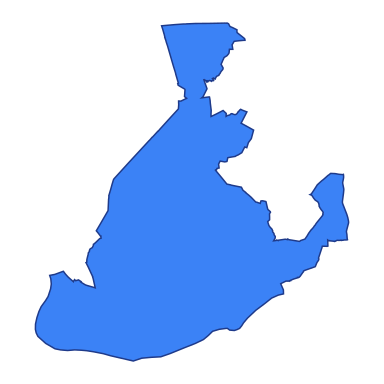 the district of Klintaines pag., Plavinu, Latvia
{"feature_id": "27541924B20415877652953", "entity_name": "Klintaines pag.", "entity_type": "district", "adm_level": 2, "iso_a3": "LVA", "parent_name": "Latvia", "parent_adm1": "Plavinu", "projection": "mercator", "projection_center": [25.627, 56.641], "detail": "fine", "context": "isolated", "style": "filled", "palette": "blue", "viewbox_px": 384, "rotation_deg": 0, "n_neighbors": 0, "source": "geoboundaries", "source_scale": "gbopen_adm2", "svg_char_len": 5808}
<svg xmlns="http://www.w3.org/2000/svg" viewBox="0 0 384 384"><path d="M227.0,23.0L226.6,23.2L224.9,23.1L209.1,23.4L195.1,23.5L186.2,23.9L185.8,24.0L183.6,24.0L175.0,24.6L164.9,25.5L161.6,25.8L162.7,29.2L163.9,33.4L163.9,33.6L164.1,34.0L165.0,37.8L164.9,37.8L165.4,39.3L165.5,39.3L166.4,42.5L167.6,46.1L169.1,51.3L169.3,52.0L173.3,65.8L175.5,72.9L175.8,74.4L177.5,80.2L178.4,83.2L177.7,83.5L178.2,85.3L184.7,89.1L185.0,89.6L184.5,96.5L185.5,97.5L186.7,98.3L186.5,98.5L186.0,98.6L180.9,101.1L178.6,101.0L178.6,102.3L178.7,104.7L178.4,108.9L168.1,120.1L167.5,120.8L160.3,128.7L158.1,131.3L157.9,131.2L152.4,137.2L152.2,137.2L149.5,140.3L149.1,140.6L128.4,163.0L114.0,178.8L113.8,179.1L113.4,179.9L112.0,184.6L110.6,189.7L108.8,195.7L108.9,196.1L108.8,198.0L108.6,199.1L108.1,209.8L108.1,210.2L108.0,210.6L107.9,210.9L100.3,224.0L96.3,230.8L97.9,232.7L100.7,236.4L100.9,236.3L101.0,238.3L99.8,238.5L96.0,242.2L94.2,243.8L93.4,244.3L93.4,244.6L93.4,245.2L93.2,245.8L92.3,247.6L90.5,248.7L89.9,249.2L89.4,250.5L89.5,250.7L89.4,251.4L88.3,252.9L88.2,254.3L87.7,256.1L86.9,259.4L86.7,262.4L86.0,262.6L88.2,267.0L92.7,276.7L92.6,276.8L93.2,278.8L93.9,282.0L95.2,287.8L87.2,285.5L85.4,284.9L80.8,282.1L80.7,282.0L81.1,281.6L78.5,279.9L75.7,280.7L74.6,279.6L73.7,280.9L73.4,281.7L70.4,279.1L68.2,277.1L66.8,275.6L65.3,273.9L63.4,271.3L62.7,271.5L54.8,274.4L49.7,275.4L50.8,278.8L51.3,284.0L50.6,288.9L48.1,296.5L45.5,300.7L41.2,306.6L38.9,311.6L36.9,317.7L35.5,324.1L35.4,329.4L36.2,332.9L37.9,336.4L45.7,343.4L55.0,348.8L60.6,349.9L67.6,350.5L74.6,349.9L81.1,350.2L86.7,350.7L93.7,351.8L103.4,353.7L110.8,355.8L133.3,361.0L141.7,358.2L151.4,357.3L160.8,356.8L170.3,353.5L184.5,347.7L195.4,343.4L203.5,339.5L208.4,335.4L212.6,331.3L219.3,329.3L226.1,328.4L227.4,328.4L229.7,330.1L234.3,330.5L237.0,329.6L239.6,328.4L241.7,325.8L243.5,322.9L247.5,318.1L255.9,310.2L264.7,303.6L271.6,298.1L278.3,295.1L283.5,293.9L283.4,289.9L280.7,283.7L286.0,281.1L288.6,281.1L289.5,280.8L289.7,281.1L290.2,280.7L290.7,280.6L290.6,280.3L293.7,279.0L296.0,278.3L298.4,277.5L298.3,277.4L298.5,277.4L298.5,277.5L299.3,277.1L300.2,276.2L302.7,272.6L303.4,271.8L303.5,271.1L304.5,270.5L305.8,270.0L315.2,266.7L315.4,266.4L316.9,262.6L318.3,260.6L318.7,259.9L318.9,258.9L318.5,258.1L321.8,248.1L321.9,247.9L322.3,246.2L327.3,246.3L327.9,246.1L327.7,240.0L328.4,240.5L329.3,240.6L329.2,240.8L333.6,241.2L334.5,241.5L334.8,241.4L335.0,241.2L335.1,241.3L337.1,240.3L339.0,240.4L340.5,240.3L341.2,240.4L341.2,240.2L342.8,240.3L344.0,240.0L347.1,239.9L347.5,239.7L347.2,238.7L346.9,234.5L346.4,231.7L346.6,230.4L348.5,223.2L348.6,222.3L348.5,221.1L347.8,217.6L346.8,214.3L342.8,204.0L342.5,203.0L342.4,202.0L342.5,200.8L343.5,193.1L343.8,189.9L343.8,189.2L343.7,188.4L343.1,185.4L342.8,183.9L342.7,183.0L342.7,182.3L342.8,181.8L343.3,179.4L343.6,177.6L343.6,176.0L343.5,175.0L343.4,174.4L342.9,174.6L339.0,174.3L335.1,173.6L330.6,173.4L329.1,174.7L327.9,175.5L326.9,176.4L325.9,177.3L323.4,179.5L321.6,180.9L319.6,182.7L317.3,184.8L314.5,189.2L311.3,194.0L310.1,194.6L311.8,195.3L313.6,198.1L315.2,200.1L317.8,201.8L318.6,203.2L318.8,203.7L319.1,205.3L319.1,206.2L320.0,207.9L321.2,209.7L322.6,211.4L323.2,212.7L323.1,213.0L323.0,213.3L322.8,214.0L322.8,214.4L323.0,214.7L322.1,216.1L318.1,221.0L316.5,223.0L315.8,224.0L315.1,225.2L314.3,226.0L313.5,227.3L312.0,229.0L311.1,229.9L310.3,231.0L308.7,233.2L307.0,236.1L304.9,239.1L300.7,240.5L299.5,241.4L291.6,240.1L288.9,239.7L287.8,239.0L287.5,239.6L285.3,239.2L278.4,240.2L278.2,240.6L276.7,240.0L276.2,240.5L273.6,240.8L275.1,238.2L275.3,236.7L275.1,236.2L274.1,234.8L274.0,233.7L273.9,233.4L272.7,231.9L272.6,231.6L272.7,230.8L271.8,228.9L270.2,227.3L268.9,225.5L267.7,221.7L267.8,221.5L269.6,219.8L269.6,219.5L269.6,217.1L269.5,214.0L269.5,213.8L270.5,212.2L270.3,211.7L269.5,210.9L267.9,209.5L267.7,209.0L267.2,207.0L266.0,201.7L265.8,201.5L262.7,200.8L261.0,200.9L260.9,201.0L260.2,203.4L257.5,202.5L257.2,202.3L255.7,202.0L251.2,197.3L248.6,195.0L245.7,192.7L245.8,192.5L243.0,190.3L241.4,187.2L231.5,185.2L230.3,184.8L226.9,184.1L222.1,178.2L215.4,170.1L215.5,169.9L216.6,169.7L217.0,168.4L219.1,168.0L218.6,164.1L220.1,161.1L224.8,161.9L226.9,161.5L227.0,161.4L227.7,158.1L227.7,157.9L227.8,157.7L228.1,157.6L228.7,157.5L235.3,156.4L236.3,155.7L238.2,154.9L241.8,152.7L244.0,148.4L244.7,147.0L246.8,147.7L248.4,142.6L251.3,138.7L253.6,130.1L241.1,123.2L246.9,111.9L242.2,110.1L240.7,109.3L240.4,109.6L240.0,109.8L239.6,110.2L239.5,110.5L239.3,110.8L238.5,111.3L238.1,111.8L238.2,112.0L237.8,112.4L236.9,113.7L236.1,114.3L235.2,114.6L234.7,114.6L233.8,114.4L232.1,113.7L231.3,113.7L230.9,113.9L229.7,115.0L226.8,115.7L226.5,116.2L226.1,116.4L226.2,113.4L223.1,110.5L216.5,113.9L211.1,116.5L211.0,114.1L211.2,110.4L210.3,103.1L210.1,100.4L209.5,97.0L209.3,96.9L201.8,97.8L203.0,96.8L207.0,88.8L206.7,87.8L205.1,83.3L203.9,79.7L204.2,79.6L205.9,80.7L206.2,81.1L206.7,80.7L207.0,80.8L207.1,81.3L206.8,81.7L206.9,82.0L207.0,81.9L207.4,81.9L207.9,81.8L208.0,81.6L207.7,81.2L207.7,80.8L207.9,80.7L208.2,81.0L208.3,81.0L208.9,80.9L209.5,80.5L209.9,80.6L210.3,80.6L210.8,80.8L211.1,81.2L211.3,81.3L211.5,80.8L212.0,80.9L212.5,80.7L213.2,80.7L213.6,80.6L213.7,80.3L213.7,80.1L213.2,79.7L213.0,79.4L212.4,78.6L213.4,78.0L215.2,79.0L215.4,78.4L216.4,76.6L216.8,76.2L218.1,75.7L219.1,75.0L219.2,74.4L220.0,73.5L220.5,72.6L220.6,72.2L221.4,71.1L222.8,69.5L223.1,68.2L223.0,67.7L222.2,66.4L221.8,65.5L221.1,64.4L221.7,62.9L222.3,61.7L222.6,60.7L223.4,59.2L223.5,58.8L223.8,58.3L223.9,57.8L224.0,57.6L225.2,56.8L226.4,56.1L227.1,55.6L228.8,53.5L229.1,52.5L229.4,49.3L232.8,49.3L232.1,44.8L234.2,41.3L234.3,41.3L238.4,40.8L244.1,40.3L245.0,40.3L245.0,39.9L244.6,38.6L237.1,32.6L236.9,31.1L237.0,29.8L232.8,27.7L230.0,26.5L228.5,23.7L227.0,23.0Z" fill="#3b82f6" stroke="#1e3a8a" stroke-width="1.5"/></svg>